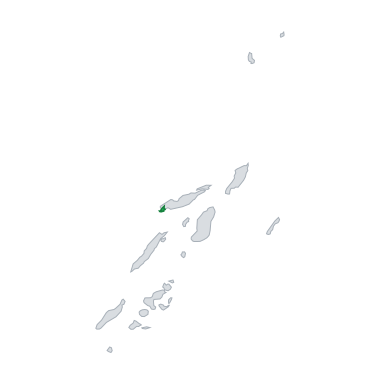 North Malaita, Malaita, Solomon Islands (highlighted), rotated 273°
{"feature_id": "97153195B19002980300101", "entity_name": "North Malaita", "entity_type": "district", "adm_level": 2, "iso_a3": "SLB", "parent_name": "Solomon Islands", "parent_adm1": "Malaita", "projection": "natural_earth1", "projection_center": [160.61, -8.382], "detail": "fine", "context": "in_parent", "style": "filled", "palette": "green", "viewbox_px": 384, "rotation_deg": 273, "n_neighbors": 0, "source": "geoboundaries", "source_scale": "gbopen_adm2", "svg_char_len": 4711}
<svg xmlns="http://www.w3.org/2000/svg" viewBox="0 0 384 384"><g transform="rotate(273 192 192)"><path d="M146.9,193.7L153.3,199.2L156.1,198.7L164.6,198.8L169.6,202.7L172.5,204.5L174.1,208.0L176.2,208.8L177.4,210.6L178.2,213.8L175.1,215.6L173.2,216.1L168.3,214.9L163.6,212.4L154.3,212.1L149.9,211.4L148.4,210.4L147.0,209.2L144.9,206.1L143.1,202.6L142.9,200.5L142.7,196.5L143.2,195.1L145.0,193.6L146.9,193.7ZM176.1,161.1L183.4,171.3L183.1,173.1L182.1,174.2L181.8,177.6L182.7,178.9L184.7,179.5L188.1,183.2L189.6,189.0L191.0,191.0L191.0,195.2L194.2,201.2L194.5,204.0L194.2,205.3L192.9,204.5L189.0,197.8L184.7,194.9L184.2,193.7L179.8,189.8L176.8,183.2L173.6,171.6L175.1,168.8L171.5,163.1L171.6,161.6L174.2,161.9L174.7,161.2L176.1,161.1ZM149.8,166.2L150.7,169.4L146.8,166.6L143.8,163.1L135.3,159.3L133.4,157.4L131.9,157.1L127.5,154.0L123.2,151.8L120.0,148.0L118.4,147.3L115.7,144.3L113.1,142.3L112.1,138.6L109.6,136.1L109.0,135.0L117.1,137.0L120.9,141.0L124.1,143.3L125.2,144.9L128.1,147.2L130.7,147.4L133.3,149.6L135.7,150.2L137.5,151.4L149.6,161.6L148.1,164.3L149.8,166.2ZM204.4,231.7L208.0,233.7L210.2,233.3L213.3,234.7L215.8,233.9L217.3,235.7L221.1,242.7L221.1,244.9L223.6,246.5L221.5,246.8L218.5,246.0L216.3,246.6L213.9,245.2L209.9,244.5L206.4,242.9L199.2,237.8L199.2,235.2L198.0,234.0L197.7,230.8L195.1,229.8L192.0,229.6L191.8,228.1L192.4,225.5L194.6,225.5L197.4,226.6L204.4,231.7ZM80.5,127.7L81.4,128.9L79.2,130.9L76.2,129.8L75.5,128.0L73.4,128.4L69.2,127.4L63.4,122.6L57.3,113.4L51.4,108.3L50.3,106.7L50.1,104.1L50.9,103.1L54.6,104.2L59.3,108.4L67.1,112.8L69.2,115.0L70.6,120.3L71.9,121.9L76.1,126.0L80.5,127.7ZM88.7,158.7L90.5,161.5L92.6,167.7L92.3,169.8L90.8,169.9L90.3,171.3L88.3,168.3L85.5,167.4L83.5,165.6L82.7,159.6L81.1,159.2L76.6,159.8L75.2,161.8L73.1,161.2L72.7,159.4L73.0,157.6L75.7,155.9L76.3,153.7L79.0,149.9L80.7,149.3L83.8,150.6L84.2,156.1L85.4,157.8L88.7,158.7ZM171.1,279.7L169.0,280.9L167.2,280.3L165.8,279.4L164.6,276.8L162.1,275.1L158.6,274.5L156.8,272.8L154.3,272.3L153.6,270.8L153.8,269.4L154.2,268.6L156.5,269.3L167.3,276.2L171.1,279.7ZM57.1,147.8L56.6,148.3L55.6,146.5L54.9,145.9L54.9,143.8L51.9,140.5L51.7,138.2L53.4,136.0L55.7,137.3L58.0,140.1L60.7,141.0L60.1,142.9L57.7,146.3L57.1,147.8ZM71.9,153.2L70.7,154.6L67.5,154.4L65.1,150.9L65.1,148.3L67.0,146.0L69.3,145.5L70.6,146.5L71.7,148.4L72.2,151.0L71.9,153.2ZM98.8,173.7L95.9,176.4L93.8,175.5L92.1,173.2L93.0,169.7L94.7,169.0L95.6,167.7L98.7,168.7L99.5,169.4L97.6,171.1L98.7,172.4L98.8,173.7ZM333.4,244.3L328.6,245.0L326.7,247.5L324.3,247.2L323.4,245.2L323.4,244.2L324.8,244.4L325.5,242.4L326.9,241.4L330.3,241.0L334.3,242.1L333.4,243.9L333.4,244.3ZM199.5,205.8L199.7,210.7L197.4,208.0L196.4,208.9L195.4,207.7L195.7,201.9L194.1,196.5L195.4,197.0L199.5,205.8ZM77.7,174.7L77.7,175.2L76.1,174.3L72.6,169.7L73.2,168.1L76.4,165.2L77.4,164.8L78.4,166.6L77.6,169.3L76.5,170.0L76.1,172.6L77.7,174.7ZM159.1,184.3L161.6,184.7L166.1,189.2L165.1,190.6L163.0,189.9L162.3,190.2L161.6,188.7L159.3,187.3L157.3,187.2L157.0,185.6L159.1,184.3ZM130.4,188.7L127.0,188.2L126.0,187.0L127.2,185.3L128.7,184.2L130.1,185.2L131.6,185.5L131.8,187.7L130.4,188.7ZM32.2,119.7L29.3,120.6L27.5,119.5L28.3,116.9L29.3,115.5L32.9,117.9L32.2,119.7ZM145.0,167.7L143.6,168.2L141.6,166.9L140.7,165.8L141.1,164.0L142.3,163.4L143.7,164.5L143.8,165.8L145.0,167.7ZM356.5,275.2L354.0,275.7L352.9,275.6L351.2,272.6L352.5,272.0L354.4,272.2L355.0,274.0L356.5,275.2ZM85.3,176.3L85.2,177.5L83.5,177.1L79.8,175.3L79.6,174.5L81.8,174.2L83.3,174.4L85.3,176.3ZM55.0,153.7L54.4,157.1L52.8,152.9L53.1,149.5L53.7,149.0L55.0,153.7ZM103.1,177.6L100.9,178.5L100.2,177.2L101.8,173.5L103.1,177.6Z" fill="#d9dde1" stroke="#a8b0b8" stroke-width="1"/><path d="M173.4,166.1L173.5,166.0L173.5,165.9L174.0,165.2L174.2,164.9L176.4,165.0L174.6,163.3L174.5,163.2L174.4,163.2L174.2,163.1L174.0,162.9L173.9,162.9L173.7,162.8L173.7,162.7L173.4,162.6L173.2,162.5L173.1,162.4L172.9,162.4L172.7,162.3L172.5,162.2L172.4,162.2L172.2,162.1L172.1,161.9L171.9,161.8L171.9,161.7L171.7,161.7L171.4,161.6L171.2,161.6L170.9,161.7L170.7,161.7L170.7,161.8L170.6,162.0L170.6,162.3L170.7,162.5L170.8,162.7L170.8,162.8L170.9,163.0L171.0,163.0L171.0,163.3L171.0,163.5L171.1,163.8L171.3,163.9L171.3,164.0L171.5,164.1L171.6,164.3L171.4,164.4L171.4,164.2L171.3,164.3L171.4,164.5L171.5,164.5L171.8,164.5L171.8,164.4L171.8,164.5L172.0,164.7L172.0,164.8L172.3,164.8L172.5,165.0L172.8,165.2L172.8,165.3L172.9,165.5L172.9,165.4L173.0,165.4L173.0,165.5L173.1,165.8L173.1,166.0L173.3,166.1L173.4,166.1ZM171.5,161.2L171.4,161.0L171.4,160.9L171.2,160.8L171.2,160.7L171.1,160.8L171.1,160.7L170.9,160.7L170.9,160.8L171.0,161.0L171.2,161.3L171.3,161.3L171.5,161.2L171.5,161.2Z" fill="#22c55e" stroke="#15803d" stroke-width="1.5"/></g></svg>